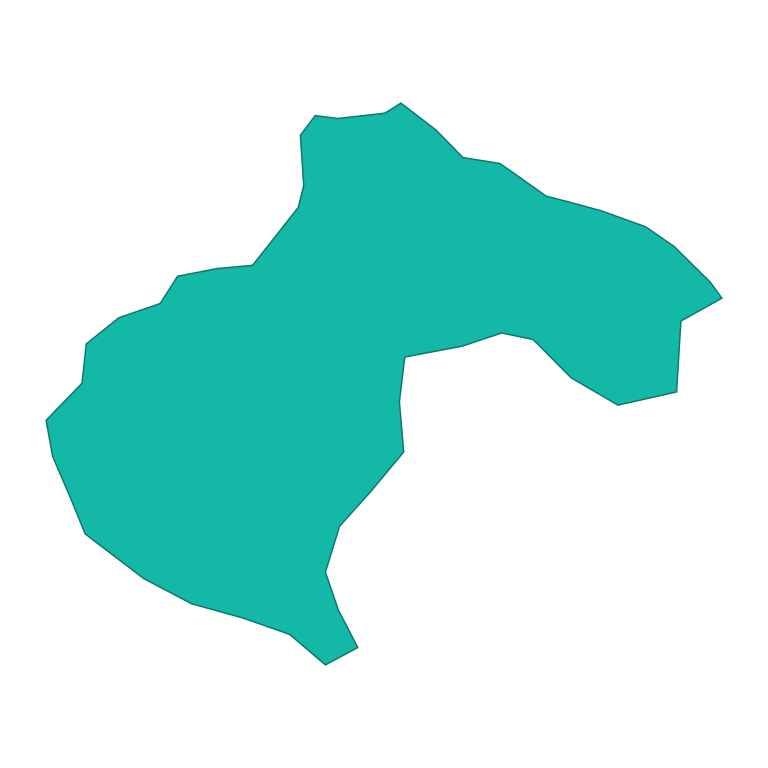 outline of Kouka, Limassol, Cyprus
{"feature_id": "46923920B99652705680289", "entity_name": "Kouka", "entity_type": "district", "adm_level": 2, "iso_a3": "CYP", "parent_name": "Cyprus", "parent_adm1": "Limassol", "projection": "mercator", "projection_center": [32.894, 34.853], "detail": "fine", "context": "isolated", "style": "filled", "palette": "teal", "viewbox_px": 768, "rotation_deg": 0, "n_neighbors": 0, "source": "geoboundaries", "source_scale": "gbopen_adm2", "svg_char_len": 749}
<svg xmlns="http://www.w3.org/2000/svg" viewBox="0 0 768 768"><path d="M315.2,115.6L300.4,135.3L303.7,185.6L298.3,207.4L252.6,265.3L216.7,268.6L177.6,276.2L160.2,303.5L118.9,317.7L86.3,343.9L82.0,383.2L46.1,420.3L52.6,456.4L70.0,496.8L85.2,533.9L94.8,541.3L143.9,578.7L191.7,603.8L242.8,618.0L289.6,634.4L325.4,664.9L357.8,647.5L338.5,610.3L325.4,572.1L339.6,526.3L340.5,525.2L370.0,492.4L403.7,452.0L399.4,401.8L404.8,357.0L462.4,346.1L501.5,333.0L533.1,339.5L571.1,377.8L617.9,405.1L676.6,391.9L680.9,321.0L721.9,298.2L710.1,282.0L674.1,246.5L645.8,226.9L601.5,210.9L575.6,203.8L546.1,196.1L500.0,163.5L462.9,157.6L436.3,130.3L400.9,103.1L385.0,113.1L380.4,113.7L337.8,118.5L315.2,115.6Z" fill="#14b8a6" stroke="#0f766e" stroke-width="1.5"/></svg>